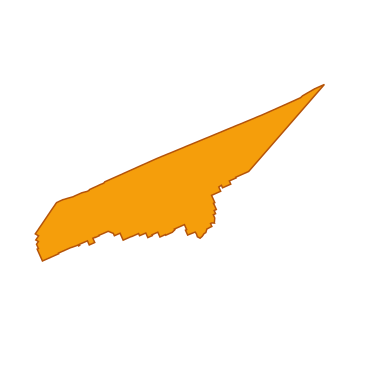 Westonia, Western Australia, Australia (Natural Earth projection), rotated 66°
{"feature_id": "25037944B31947016083721", "entity_name": "Westonia", "entity_type": "district", "adm_level": 2, "iso_a3": "AUS", "parent_name": "Australia", "parent_adm1": "Western Australia", "projection": "natural_earth1", "projection_center": [118.672, -30.879], "detail": "fine", "context": "isolated", "style": "filled", "palette": "amber", "viewbox_px": 384, "rotation_deg": 66, "n_neighbors": 0, "source": "geoboundaries", "source_scale": "gbopen_adm2", "svg_char_len": 2750}
<svg xmlns="http://www.w3.org/2000/svg" viewBox="0 0 384 384"><g transform="rotate(66 192 192)"><path d="M194.2,356.7L194.2,338.9L193.5,338.8L193.5,325.5L193.7,324.1L194.0,320.4L194.1,317.6L195.1,317.6L195.1,317.0L195.1,316.5L194.8,316.6L194.7,316.5L194.4,316.5L194.3,316.4L194.3,316.2L194.0,316.2L194.1,307.5L194.1,307.4L198.6,307.4L198.6,305.0L198.6,301.4L193.9,301.4L193.9,299.3L193.9,299.2L194.2,299.2L194.2,294.5L193.7,294.5L193.8,290.0L193.8,288.7L193.8,286.7L193.8,284.6L194.4,284.0L194.4,283.9L195.1,283.3L197.1,281.4L197.8,280.7L200.4,280.7L200.4,278.9L200.4,274.5L201.8,274.5L208.0,274.5L208.0,267.9L208.0,265.6L208.2,265.3L208.2,257.7L210.6,257.7L210.7,250.9L215.7,250.9L215.7,245.9L214.8,245.9L214.8,239.6L217.9,239.6L220.1,239.6L220.1,235.8L220.1,233.6L220.8,233.6L220.8,229.2L220.8,226.4L219.5,223.0L218.7,223.2L218.7,212.2L224.2,212.2L224.2,213.5L228.6,213.5L229.6,213.5L229.6,212.0L229.9,205.4L232.0,205.0L235.1,205.3L237.5,203.4L236.7,200.8L236.6,200.6L234.9,197.8L234.7,195.9L231.9,193.5L231.6,189.7L231.6,187.9L228.3,187.9L228.3,186.5L229.5,184.2L229.4,184.2L225.0,181.8L221.4,181.8L221.4,179.3L217.9,179.3L217.9,176.9L212.0,176.9L212.0,177.0L211.0,177.0L211.0,175.5L203.0,175.5L203.0,175.4L203.0,171.4L203.0,168.9L203.0,165.5L198.3,165.5L197.8,162.5L197.8,162.4L200.6,162.4L200.6,156.3L200.6,153.4L197.1,153.4L197.1,146.1L196.3,146.1L196.3,144.3L196.3,131.9L184.4,106.3L177.4,91.3L147.6,27.3L147.6,30.3L147.6,37.9L148.5,46.7L148.6,47.4L149.1,51.9L150.0,54.5L150.1,76.5L150.1,87.1L150.1,97.8L150.0,99.5L149.9,102.7L149.9,105.8L149.7,112.9L149.5,121.2L149.4,122.7L149.1,134.2L148.8,146.7L148.7,151.7L148.6,155.3L148.5,157.9L148.3,165.9L148.1,173.1L147.9,179.1L147.9,182.1L147.8,185.0L147.6,192.8L147.5,196.8L147.4,198.5L147.3,203.0L147.2,205.3L147.2,206.1L147.2,207.0L147.1,210.0L147.1,210.9L147.1,213.9L147.1,216.7L147.1,227.2L147.1,227.6L147.1,227.8L147.2,252.1L147.2,255.0L147.2,255.5L147.2,256.1L147.2,257.1L147.2,263.9L147.2,265.6L147.2,266.5L147.2,267.5L147.5,268.0L148.0,269.1L148.0,270.9L147.9,272.0L147.9,273.0L148.0,276.7L148.0,277.6L148.0,280.5L148.1,284.8L148.6,285.2L148.8,287.4L148.5,289.2L147.9,292.9L147.9,293.5L147.9,294.5L147.9,299.0L147.9,299.7L147.9,301.1L148.0,302.3L147.9,303.1L147.5,305.8L147.1,308.5L146.9,310.3L146.7,312.0L146.5,312.8L146.5,314.0L146.5,316.5L146.6,319.1L146.6,319.8L146.6,320.0L147.6,321.8L147.9,322.2L148.3,322.8L148.6,323.2L148.7,323.5L150.9,327.1L153.1,330.6L153.7,331.5L154.2,332.4L155.3,334.1L156.4,335.9L158.1,338.6L160.9,343.1L163.1,346.7L164.3,348.5L164.8,349.4L166.5,352.2L169.7,350.0L172.3,354.2L173.1,353.6L174.8,352.5L176.1,354.6L176.5,355.3L181.2,355.3L181.2,356.7L182.9,356.7L189.2,356.7L190.1,356.7L194.2,356.7Z" fill="#f59e0b" stroke="#b45309" stroke-width="1.5"/></g></svg>